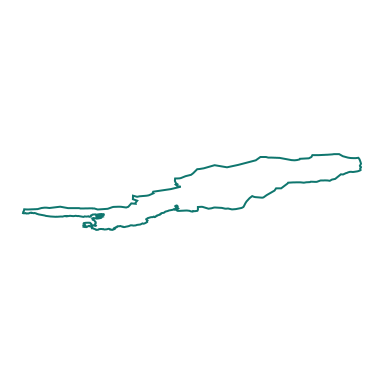 outline of Naustdal nor, Sogn og Fjordane, Norway
{"feature_id": "86288312B26006873057513", "entity_name": "Naustdal nor", "entity_type": "district", "adm_level": 2, "iso_a3": "NOR", "parent_name": "Norway", "parent_adm1": "Sogn og Fjordane", "projection": "equal_earth", "projection_center": [5.574, 61.552], "detail": "fine", "context": "isolated", "style": "outline", "palette": "teal", "viewbox_px": 384, "rotation_deg": 0, "n_neighbors": 0, "source": "geoboundaries", "source_scale": "gbopen_adm2", "svg_char_len": 5743}
<svg xmlns="http://www.w3.org/2000/svg" viewBox="0 0 384 384"><path d="M358.4,157.8L356.0,158.1L352.7,158.1L350.4,158.0L347.9,157.6L342.8,156.2L339.1,154.1L334.2,154.1L332.2,154.4L327.9,154.7L319.3,155.1L312.4,155.1L311.4,157.0L308.9,158.3L299.9,158.8L299.6,159.4L297.2,160.0L294.6,160.3L291.5,160.1L279.6,157.9L271.5,157.6L268.3,157.6L266.0,157.0L260.4,157.0L255.8,160.3L238.2,164.9L227.0,167.3L214.6,165.2L203.8,168.3L199.6,169.0L197.2,169.2L193.2,173.2L191.1,174.8L185.5,176.2L180.8,178.1L179.1,178.4L175.1,178.5L174.9,180.9L175.9,183.2L177.2,184.1L175.8,184.7L177.7,186.2L180.8,186.7L170.8,189.1L153.2,191.7L152.6,193.0L152.6,193.3L153.0,193.5L148.8,195.3L146.7,195.7L139.6,196.3L137.1,196.8L133.0,195.7L132.9,199.2L137.2,200.7L135.5,202.8L135.7,203.8L131.3,203.4L128.3,206.8L126.2,207.5L121.2,206.8L119.2,206.7L113.7,206.9L112.5,207.1L107.7,208.8L97.7,209.5L94.1,208.4L93.1,208.5L92.7,208.5L92.4,208.3L80.5,208.5L79.0,208.1L67.9,208.1L60.2,206.7L49.5,208.0L46.6,207.7L44.2,207.7L41.6,208.0L37.6,209.1L27.5,209.5L24.2,209.3L23.9,211.0L23.4,211.5L23.0,213.1L23.7,213.3L25.6,213.2L25.7,213.3L25.8,213.3L25.8,213.2L26.5,213.4L26.6,213.5L27.3,213.4L28.1,213.5L29.6,213.1L29.1,213.1L29.4,213.0L30.8,212.7L31.5,212.7L31.8,212.8L31.8,213.0L32.1,213.0L31.9,212.9L32.2,212.9L33.6,213.2L34.6,213.0L36.3,213.5L36.9,213.9L37.1,214.0L36.8,213.8L37.2,213.9L38.7,214.4L44.7,215.5L45.9,215.9L50.6,216.5L55.5,216.8L56.5,216.7L56.7,216.8L61.0,216.5L62.4,216.6L64.9,216.0L65.4,216.0L65.8,216.0L65.7,216.1L65.8,216.2L66.1,216.1L66.4,216.0L66.6,216.1L66.4,216.3L66.9,216.4L67.4,216.0L68.7,216.1L69.9,215.8L72.8,216.1L73.8,216.1L75.7,215.8L77.5,216.1L78.4,216.0L83.4,216.9L84.1,216.7L84.5,216.4L86.7,216.6L88.5,216.3L89.0,216.5L88.8,216.6L89.6,216.8L90.6,216.5L90.9,216.2L90.9,215.6L91.4,215.5L91.5,215.2L92.1,215.0L92.5,214.6L95.0,214.4L95.5,214.4L95.6,214.6L95.9,214.7L96.5,214.7L99.3,214.2L101.4,214.0L102.7,214.2L103.4,214.1L103.7,214.2L103.8,214.4L103.6,214.6L103.6,215.1L103.4,215.1L103.2,215.5L101.4,215.6L99.6,215.5L98.4,215.9L97.2,216.0L96.4,216.3L96.5,216.5L97.2,216.6L99.7,216.2L100.6,216.4L100.9,216.7L101.7,217.0L101.4,217.1L101.5,217.4L101.4,217.7L100.8,218.0L98.0,218.5L96.3,218.3L96.3,218.5L95.5,218.3L94.2,218.2L93.5,218.0L92.6,218.3L92.9,218.5L92.6,218.8L92.8,219.1L92.6,219.3L92.6,219.6L93.0,219.9L94.0,220.2L94.5,220.6L95.0,221.6L95.6,222.0L95.8,223.0L95.1,224.0L95.2,224.6L94.7,224.9L95.0,225.2L95.9,225.6L95.8,225.8L95.4,225.9L93.4,225.3L91.8,225.2L91.1,224.3L91.2,223.8L90.6,223.4L90.5,223.2L90.0,222.8L88.3,222.7L85.7,222.8L83.9,223.1L83.7,223.3L83.6,223.7L84.0,223.8L84.0,224.0L84.8,224.7L85.5,225.8L85.3,226.0L84.9,226.1L83.3,225.9L83.3,226.0L83.8,226.4L83.8,226.6L84.3,226.8L84.2,226.9L85.3,227.1L85.9,226.9L86.2,227.0L86.6,227.1L87.2,226.6L87.6,226.6L88.4,226.0L89.1,225.8L89.5,225.9L89.6,226.0L89.8,226.3L91.1,226.4L91.5,226.5L91.5,226.8L92.1,226.9L92.4,227.2L92.4,227.3L92.2,227.5L91.8,227.9L91.9,228.2L92.6,228.0L93.3,228.6L94.7,229.0L95.2,229.3L95.7,229.4L96.0,229.8L96.4,229.9L97.0,229.8L97.9,229.8L98.6,229.5L98.9,229.2L100.5,229.0L102.1,229.0L102.7,229.2L103.4,229.1L103.6,229.3L104.5,229.5L106.8,229.3L108.2,228.9L108.9,228.8L110.1,229.2L109.9,229.5L110.0,229.6L112.3,229.9L113.7,229.4L114.0,229.2L114.7,229.0L115.0,228.6L115.0,228.3L114.4,228.2L114.8,228.1L114.3,228.0L114.4,227.9L115.9,227.6L116.1,227.5L115.8,227.3L115.9,227.2L116.9,226.9L117.0,226.6L117.8,226.2L118.9,226.3L120.4,226.0L121.7,226.5L122.6,226.6L122.6,226.8L123.2,227.0L124.1,227.1L125.3,226.9L126.2,226.6L126.6,226.6L128.8,226.1L130.7,225.3L132.0,225.3L133.2,225.6L135.7,225.4L137.0,224.9L140.3,224.5L142.5,223.4L143.3,223.7L144.0,223.6L145.3,223.1L147.2,222.0L147.2,221.8L146.9,221.5L147.1,220.9L147.4,220.5L146.9,220.3L146.7,220.0L146.7,219.9L146.2,219.4L146.2,219.2L146.9,218.9L147.1,218.6L147.6,218.2L150.5,217.3L151.7,217.1L152.7,217.1L153.8,216.6L154.1,216.7L154.1,216.8L154.2,217.0L154.4,217.1L155.1,217.0L155.3,216.9L155.4,216.7L156.3,216.2L156.2,216.2L156.3,215.9L157.1,215.6L157.2,215.4L159.9,214.7L160.1,214.4L160.0,214.2L160.7,213.8L161.0,213.8L161.1,213.4L161.4,213.3L162.0,213.0L163.3,212.9L164.4,212.5L164.7,212.1L165.4,211.6L167.8,211.0L168.9,210.5L172.7,209.8L173.8,209.5L173.2,209.5L174.0,209.1L174.2,209.3L174.5,209.5L174.6,209.2L174.9,209.1L175.8,209.7L176.1,209.7L176.0,209.3L176.4,208.0L176.2,207.7L176.5,207.8L176.6,207.6L176.7,207.2L176.4,206.6L176.6,206.5L176.3,206.4L176.9,206.5L176.5,206.2L177.1,206.4L176.4,206.0L177.0,206.2L176.9,206.1L176.5,206.0L176.3,205.9L176.0,205.7L176.4,205.5L177.2,205.7L177.5,206.1L177.5,206.8L177.0,208.2L177.0,208.5L177.5,208.1L177.8,208.1L178.0,208.3L177.6,207.9L177.4,207.5L177.6,207.5L177.7,207.9L178.2,208.4L177.8,208.6L177.7,209.0L176.5,210.1L177.4,210.8L179.2,210.9L180.6,210.8L186.7,210.5L189.4,210.8L191.1,211.4L192.7,211.6L193.0,211.0L194.8,211.2L197.4,210.8L197.8,210.0L198.0,209.1L197.9,208.9L197.9,207.0L201.4,206.8L202.6,206.9L208.5,208.7L211.4,208.3L214.2,207.5L215.0,207.5L221.8,207.9L225.3,208.7L226.2,208.7L228.0,208.5L232.0,209.4L235.8,209.1L240.8,208.1L241.7,207.9L243.4,207.0L244.1,205.8L245.3,203.4L246.5,201.5L249.6,198.1L252.2,196.1L253.9,196.8L255.1,197.1L262.2,197.7L263.5,197.4L266.7,195.1L274.5,190.6L276.1,188.3L281.2,188.3L287.7,183.4L288.1,182.7L293.2,182.4L300.1,182.3L303.9,182.7L306.2,182.3L310.0,182.1L310.8,181.7L315.9,181.9L316.9,181.8L320.5,180.5L325.8,180.4L327.7,180.5L329.8,180.8L331.9,179.6L335.2,178.9L340.9,174.3L343.0,174.5L344.8,173.7L345.5,173.3L347.2,172.8L348.0,172.4L349.6,171.9L350.9,171.8L352.8,172.0L353.9,171.9L357.7,171.3L359.7,170.6L360.6,170.1L360.6,169.9L360.2,169.0L360.2,168.3L360.9,167.6L361.0,167.1L360.1,166.3L359.9,165.8L360.9,163.9L361.0,163.7L360.5,162.0L359.5,159.3L358.4,157.8Z" fill="none" stroke="#0f766e" stroke-width="2"/></svg>